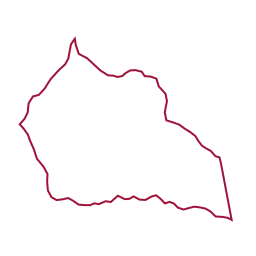 the district of Paripueira, Alagoas, Brazil, rotated 183°
{"feature_id": "56859067B67835953872342", "entity_name": "Paripueira", "entity_type": "district", "adm_level": 2, "iso_a3": "BRA", "parent_name": "Brazil", "parent_adm1": "Alagoas", "projection": "equal_earth", "projection_center": [-35.596, -9.443], "detail": "fine", "context": "isolated", "style": "outline", "palette": "rose", "viewbox_px": 256, "rotation_deg": 183, "n_neighbors": 0, "source": "geoboundaries", "source_scale": "gbopen_adm2", "svg_char_len": 1218}
<svg xmlns="http://www.w3.org/2000/svg" viewBox="0 0 256 256"><g transform="rotate(183 128 128)"><path d="M19.7,41.7L33.3,97.5L35.1,103.4L39.2,104.4L44.1,109.4L49.2,111.9L53.2,114.2L57.4,119.1L60.1,123.3L65.5,127.1L71.7,130.5L76.9,134.0L83.2,135.9L90.1,137.7L92.1,145.5L90.5,157.0L92.4,164.2L99.5,171.2L102.2,178.7L107.8,180.5L114.1,180.7L117.2,184.9L123.6,186.2L128.8,185.6L133.2,182.8L136.6,179.5L141.3,178.4L145.3,179.5L150.5,179.5L158.6,184.0L165.7,189.9L172.4,195.5L181.0,199.4L184.4,207.9L185.8,214.3L189.3,208.7L190.3,201.5L191.3,194.1L194.1,188.3L200.1,182.2L204.0,177.4L207.4,173.3L210.1,168.8L213.5,162.7L218.9,156.3L224.5,154.6L228.5,147.6L229.0,138.3L231.7,131.9L236.3,126.0L232.1,121.8L227.7,116.3L225.1,110.1L221.1,102.3L217.3,92.5L210.4,85.0L206.0,77.9L205.9,69.7L204.7,61.3L200.8,54.9L195.6,52.3L190.3,53.2L184.0,54.9L179.1,52.5L173.3,48.9L166.6,48.7L161.7,49.0L157.6,51.0L153.2,50.4L146.5,53.7L141.3,53.2L134.6,59.8L127.5,56.8L123.0,57.3L118.8,60.0L112.8,57.1L106.7,57.1L101.1,60.7L96.4,62.3L91.7,58.9L87.2,54.6L82.8,56.4L78.1,54.9L74.0,51.1L68.2,49.5L63.5,51.1L57.7,52.9L52.4,52.5L46.5,51.6L41.3,49.0L35.8,44.2L29.5,44.2L23.7,43.5L19.7,41.7Z" fill="none" stroke="#9f1239" stroke-width="2"/></g></svg>